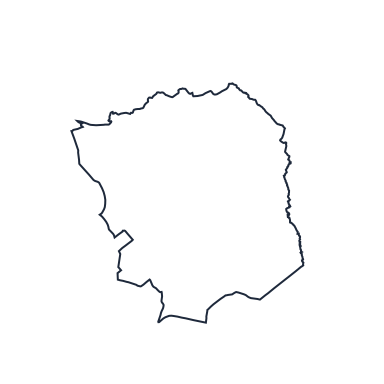 the district of Puok, Siemréab, Cambodia, rotated 142°
{"feature_id": "14789045B68660120235745", "entity_name": "Puok", "entity_type": "district", "adm_level": 2, "iso_a3": "KHM", "parent_name": "Cambodia", "parent_adm1": "Siemréab", "projection": "orthographic", "projection_center": [103.615, 13.442], "detail": "fine", "context": "isolated", "style": "outline", "palette": "slate", "viewbox_px": 384, "rotation_deg": 142, "n_neighbors": 0, "source": "geoboundaries", "source_scale": "gbopen_adm2", "svg_char_len": 5981}
<svg xmlns="http://www.w3.org/2000/svg" viewBox="0 0 384 384"><g transform="rotate(142 192 192)"><path d="M231.4,308.5L232.6,310.6L235.8,315.4L236.7,316.5L238.7,318.6L238.5,317.2L238.0,315.9L236.5,313.7L237.5,313.8L238.1,313.5L238.3,313.1L238.5,312.7L238.5,312.1L238.0,310.9L238.0,310.5L239.5,311.1L243.1,312.0L246.9,313.8L247.6,314.0L248.6,313.7L249.5,314.2L251.9,306.6L256.0,294.9L257.5,293.1L261.2,286.9L263.4,283.7L263.5,283.2L262.5,269.1L262.2,262.1L261.6,260.4L260.0,258.0L259.6,257.0L259.5,256.3L260.6,250.3L261.7,246.3L263.3,242.5L265.2,239.1L267.7,236.1L270.0,233.8L271.7,232.7L273.0,232.1L275.6,231.0L276.5,230.8L278.7,230.9L278.3,229.4L278.0,227.8L277.9,224.5L278.0,221.3L278.5,218.3L279.3,216.1L280.3,214.2L280.5,213.4L279.9,207.5L280.1,206.0L281.0,203.8L275.9,203.8L271.1,203.6L270.4,204.1L268.9,203.1L268.6,202.3L268.5,198.8L268.1,190.8L268.7,190.7L269.8,190.6L277.9,190.7L281.5,190.8L286.0,190.4L286.7,187.3L296.3,178.2L296.1,174.0L300.6,173.9L304.4,168.6L303.1,166.8L301.0,164.4L298.8,161.4L297.6,160.0L293.2,153.4L292.9,152.9L292.7,151.8L290.8,149.4L290.2,149.1L287.3,148.9L283.1,149.1L279.3,149.1L279.2,148.3L280.7,142.7L280.7,141.0L279.6,138.3L279.4,135.7L279.1,133.6L278.8,132.8L278.5,132.5L277.5,132.0L277.8,131.3L279.8,128.2L282.7,125.4L283.4,124.5L283.7,123.4L283.6,122.0L283.9,120.5L284.5,119.8L286.0,118.5L287.0,117.9L289.1,116.9L290.9,115.8L292.6,114.4L298.4,110.6L298.6,110.1L298.0,109.7L292.5,110.0L290.1,109.7L286.3,108.5L284.5,107.3L283.1,105.9L280.2,102.8L277.4,99.3L274.8,96.4L269.6,90.0L261.5,80.5L258.4,83.6L257.3,85.1L253.4,88.6L252.5,89.6L251.7,89.6L247.5,90.1L244.1,90.3L235.3,90.2L231.0,89.9L229.3,89.9L228.3,89.3L227.0,88.7L223.4,86.6L220.6,86.4L218.8,86.0L217.3,84.2L214.1,79.5L213.1,77.7L212.4,75.0L211.9,73.8L210.9,72.1L206.3,67.4L204.7,65.4L197.7,65.5L194.4,65.4L186.7,65.6L159.2,65.7L152.2,65.9L150.7,65.7L149.5,65.7L149.0,66.7L147.7,67.8L147.9,68.7L147.7,68.9L147.8,69.9L147.4,70.5L146.7,70.3L146.0,70.4L145.7,71.0L145.7,71.6L144.9,72.9L144.5,74.4L143.6,75.5L143.5,76.0L143.9,76.6L143.8,77.3L142.4,77.1L142.7,78.0L142.5,78.4L141.9,78.9L141.7,79.7L141.8,80.1L141.0,81.4L140.1,83.4L139.5,82.9L139.3,83.7L139.5,84.2L139.2,84.8L138.6,84.7L137.5,86.0L138.0,86.4L137.4,87.6L137.0,87.8L136.0,88.1L135.8,89.1L134.9,89.6L134.8,89.9L134.4,90.2L134.2,90.8L134.5,91.2L134.5,91.9L134.1,92.5L134.1,93.0L133.6,93.4L134.6,94.1L133.2,95.5L133.2,97.2L132.6,99.6L132.1,102.5L132.4,103.3L132.2,103.9L132.4,104.4L132.4,105.0L132.6,105.5L132.6,106.5L133.2,107.0L133.5,107.6L132.5,109.0L132.1,109.4L131.2,111.5L131.6,112.0L131.3,112.6L131.9,113.2L131.5,113.9L130.7,115.1L129.8,114.2L129.1,114.5L128.8,115.0L128.7,116.1L128.9,116.6L129.3,116.7L129.4,118.0L129.1,119.1L128.3,120.6L127.0,120.7L124.9,120.0L124.5,120.7L123.8,120.1L123.4,120.1L123.2,121.0L123.3,121.3L123.1,122.0L123.1,123.3L122.7,123.7L122.2,125.6L121.8,125.6L120.8,125.3L119.7,125.6L119.8,125.9L119.4,127.3L119.4,128.8L119.0,129.6L117.5,130.1L117.2,130.4L117.1,131.0L116.1,131.6L114.6,133.4L114.6,134.6L113.7,135.9L113.6,136.6L113.1,137.9L113.2,138.4L113.0,138.8L112.7,138.9L112.3,139.6L112.3,140.7L111.8,141.2L111.8,142.6L111.2,143.2L110.9,145.0L110.3,146.4L110.3,146.8L109.7,147.4L109.8,147.7L109.6,148.3L108.2,148.1L107.9,148.3L107.3,149.0L105.3,149.1L105.1,149.4L104.9,150.2L104.4,151.7L104.0,151.8L101.9,152.4L101.7,152.9L101.3,152.8L100.1,153.2L99.9,153.6L99.4,153.7L99.1,154.1L98.5,154.3L96.8,153.8L96.4,154.0L96.0,154.6L96.5,154.8L96.8,155.3L96.2,155.8L95.8,157.1L96.2,158.3L94.8,159.2L94.0,159.5L93.5,159.9L93.2,160.3L93.9,162.4L93.7,163.5L94.0,165.9L93.8,166.5L89.5,170.0L89.2,170.4L88.4,171.9L87.7,172.4L87.4,172.9L87.7,173.5L88.4,173.8L89.4,174.0L89.9,174.8L90.6,176.8L90.8,177.9L90.8,178.4L90.4,178.7L90.0,178.9L88.7,178.9L87.3,179.3L86.8,179.7L84.2,181.3L80.5,184.5L79.6,184.9L79.8,187.2L79.6,188.6L81.2,190.6L81.4,191.2L81.7,191.3L82.2,192.2L82.5,192.4L83.1,193.9L83.1,194.9L83.3,197.2L83.2,198.1L83.4,201.0L83.0,203.7L83.9,206.8L84.0,207.9L84.3,208.8L84.4,210.5L84.2,212.0L84.2,213.0L84.5,213.9L84.4,215.5L85.0,217.1L85.5,219.1L86.1,219.5L86.4,220.4L86.4,221.3L86.2,222.4L85.5,224.4L85.4,225.7L86.8,227.0L87.4,228.2L89.1,230.0L89.1,232.0L89.2,232.4L88.3,232.8L88.0,233.5L88.1,234.6L88.5,235.7L88.3,236.6L88.5,236.9L89.2,237.0L89.3,237.9L89.9,238.2L90.3,238.6L90.5,239.3L90.7,241.7L91.4,242.4L91.6,243.9L91.3,244.7L92.3,246.8L92.0,247.5L91.6,247.9L91.4,248.7L91.7,249.4L92.7,250.7L93.1,251.7L93.1,252.3L93.4,252.8L93.9,252.7L96.1,254.4L96.8,254.1L97.2,253.6L98.4,252.8L100.0,252.2L101.6,252.0L106.5,253.0L108.4,253.1L112.2,253.7L113.6,254.4L114.4,255.1L114.9,256.3L114.8,259.0L115.1,260.1L116.0,260.5L120.5,261.6L123.7,261.9L124.2,262.1L128.5,264.2L132.0,266.6L131.9,267.5L130.7,269.9L131.3,270.1L132.9,270.4L133.5,271.2L133.7,272.5L133.7,277.2L134.0,277.7L134.8,278.3L135.8,279.5L136.7,279.6L138.0,280.5L139.8,280.6L140.3,280.4L140.4,280.1L141.0,278.9L141.7,278.4L142.6,278.3L143.2,278.5L148.9,278.7L149.3,279.0L150.0,279.9L151.0,281.4L152.3,283.8L152.9,284.5L153.4,287.6L153.8,288.5L154.9,289.3L155.8,289.6L156.1,289.9L157.2,291.3L157.5,291.5L158.5,291.9L158.9,291.6L159.8,291.3L163.3,291.4L163.6,291.2L163.9,291.3L164.3,291.2L165.4,290.7L166.4,291.5L166.8,292.2L167.2,292.5L167.8,292.8L168.2,292.7L169.2,292.5L169.6,292.3L170.2,291.6L170.9,290.3L171.5,290.1L173.3,290.2L175.4,289.9L178.4,288.4L179.2,288.4L181.5,289.5L182.0,289.5L183.5,290.7L185.3,291.8L187.0,292.5L187.8,292.3L189.6,291.1L190.1,291.0L190.6,291.3L191.3,292.0L192.7,291.6L194.5,294.1L195.2,295.0L196.8,296.0L199.9,297.6L202.1,298.1L202.7,298.9L203.3,301.1L203.5,301.4L203.8,301.7L205.4,301.9L206.0,302.3L205.9,302.7L205.6,303.3L205.3,303.6L205.2,304.0L205.6,304.2L206.7,304.4L207.6,304.3L209.5,302.8L210.3,302.5L210.8,302.0L211.2,301.3L211.5,301.1L211.8,300.4L212.3,300.1L213.6,299.9L213.9,299.7L213.8,298.9L213.4,298.3L212.2,297.7L212.2,297.2L212.9,296.7L215.3,296.3L215.7,296.3L216.3,296.5L219.2,298.8L219.9,299.1L226.4,303.6L230.4,307.2L231.4,308.5Z" fill="none" stroke="#1e293b" stroke-width="2"/></g></svg>